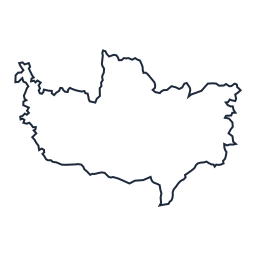 outline of Coxilha, Rio Grande do Sul, Brazil
{"feature_id": "56859067B95404492612239", "entity_name": "Coxilha", "entity_type": "district", "adm_level": 2, "iso_a3": "BRA", "parent_name": "Brazil", "parent_adm1": "Rio Grande do Sul", "projection": "mercator", "projection_center": [-52.345, -28.125], "detail": "fine", "context": "isolated", "style": "outline", "palette": "slate", "viewbox_px": 256, "rotation_deg": 0, "n_neighbors": 0, "source": "geoboundaries", "source_scale": "gbopen_adm2", "svg_char_len": 3119}
<svg xmlns="http://www.w3.org/2000/svg" viewBox="0 0 256 256"><path d="M240.6,90.3L239.0,88.6L237.2,87.1L236.8,84.5L234.6,83.7L231.3,86.1L229.3,86.2L226.0,84.0L223.8,85.5L219.1,85.7L216.2,83.6L212.9,83.3L207.9,83.6L205.4,86.3L201.5,90.8L191.2,94.5L188.6,96.6L189.7,92.8L190.3,89.6L189.7,87.5L186.7,83.0L184.3,83.7L182.2,87.5L179.1,89.0L175.9,87.3L171.5,86.2L167.1,89.9L163.4,90.2L161.1,91.6L159.8,93.1L155.3,92.1L152.7,89.9L155.0,87.8L155.2,85.1L154.4,82.3L147.7,74.2L145.6,72.6L143.5,72.9L142.8,70.6L142.6,66.9L141.5,63.9L139.9,60.5L137.5,59.7L135.2,58.1L132.2,59.7L128.5,58.1L126.1,58.4L123.9,58.1L121.6,60.1L118.9,60.2L118.0,57.6L116.5,55.4L113.9,54.8L109.1,56.5L106.5,53.6L105.5,51.3L103.0,50.5L102.3,53.2L102.8,55.5L101.9,63.6L102.3,65.7L104.1,68.7L103.8,72.6L102.3,75.8L102.2,78.0L102.8,80.1L101.1,82.7L101.4,86.1L99.7,88.3L99.9,96.0L96.7,98.9L95.3,102.6L89.7,101.3L88.7,99.1L88.4,96.8L87.6,93.6L85.3,93.2L84.4,91.1L81.4,91.5L76.2,90.4L72.5,89.1L69.9,87.9L68.3,89.5L67.7,92.0L65.0,91.7L63.3,90.1L62.3,88.2L60.3,87.9L59.2,90.8L56.1,92.8L54.1,95.1L51.8,93.3L51.8,90.9L48.7,90.7L43.9,89.6L43.4,92.0L41.9,93.8L39.8,93.2L38.7,90.4L40.0,88.4L38.6,85.3L40.7,82.6L37.4,80.5L35.5,82.4L34.0,80.7L31.1,81.3L31.6,78.5L33.7,77.5L32.1,75.3L31.1,73.2L30.1,71.2L28.8,68.5L30.1,66.8L28.8,63.1L24.7,64.4L22.5,62.4L19.2,63.1L20.4,66.0L23.4,70.2L21.2,72.6L18.2,72.6L15.6,75.3L15.4,82.2L18.4,81.9L22.3,78.1L23.4,81.6L26.0,82.7L28.3,86.4L26.9,88.3L25.3,92.5L23.9,95.7L24.6,98.8L26.3,100.2L23.4,101.6L23.3,105.2L28.8,107.6L27.0,110.8L28.9,112.9L26.8,114.7L24.9,113.6L22.5,115.9L20.2,116.7L20.6,119.4L22.7,118.7L24.4,119.9L23.4,122.8L26.8,123.7L29.2,122.7L31.4,124.9L32.9,127.2L35.8,127.1L35.4,129.5L33.7,130.4L36.3,133.3L32.3,137.2L34.6,139.8L36.4,143.0L38.4,145.6L39.1,150.1L41.6,148.6L43.9,149.8L44.2,152.3L42.5,153.9L44.1,155.8L46.1,159.3L48.1,160.3L50.8,160.2L52.9,161.9L56.4,162.4L61.9,164.7L66.0,164.8L75.5,164.4L78.0,164.1L81.3,164.6L83.4,166.9L84.3,169.2L86.9,171.4L90.2,174.8L92.5,173.8L94.5,174.0L98.6,173.0L101.6,172.4L104.7,172.9L108.9,177.0L111.0,177.5L113.0,177.0L118.5,178.6L129.5,183.5L134.8,180.7L143.2,180.1L150.6,176.9L151.5,180.0L152.6,181.7L154.2,182.8L157.0,183.8L159.6,185.1L160.5,190.2L161.4,193.4L160.6,197.6L161.1,202.9L159.7,205.5L161.8,205.0L168.5,203.9L169.7,201.7L171.4,200.4L172.3,198.3L172.8,195.5L172.7,192.3L173.7,189.4L176.2,186.4L178.2,183.5L180.7,180.9L183.7,179.4L185.6,177.3L185.0,175.0L187.0,173.7L189.3,172.1L191.5,170.5L193.4,169.0L194.8,167.6L195.8,165.3L198.0,163.3L200.9,162.6L203.8,162.4L206.5,161.6L208.5,162.9L211.1,164.3L213.6,164.6L214.7,166.6L216.2,164.6L218.3,164.9L220.5,164.7L223.6,163.4L223.0,161.0L225.1,158.7L225.9,155.6L226.5,152.1L225.3,150.3L224.4,147.8L224.2,144.0L227.2,145.4L229.8,144.5L233.6,144.5L235.9,144.0L233.2,141.7L232.5,136.3L228.6,133.3L229.6,131.4L230.9,129.1L232.8,126.8L232.4,122.4L228.9,118.5L224.9,117.8L226.0,115.8L231.2,115.5L232.3,112.8L235.4,112.7L233.5,109.8L232.8,106.4L230.5,106.4L227.6,105.0L225.8,102.4L228.1,102.1L229.8,99.5L231.9,100.4L235.2,101.0L236.1,98.7L235.2,94.5L237.6,92.9L240.6,90.3Z" fill="none" stroke="#1e293b" stroke-width="2"/></svg>